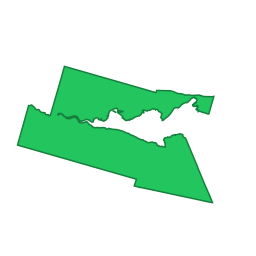 Port Augusta, South Australia, Australia (Equal Earth projection), rotated 286°
{"feature_id": "25037944B82439387593982", "entity_name": "Port Augusta", "entity_type": "district", "adm_level": 2, "iso_a3": "AUS", "parent_name": "Australia", "parent_adm1": "South Australia", "projection": "equal_earth", "projection_center": [137.816, -32.616], "detail": "fine", "context": "isolated", "style": "filled", "palette": "green", "viewbox_px": 256, "rotation_deg": 286, "n_neighbors": 0, "source": "geoboundaries", "source_scale": "gbopen_adm2", "svg_char_len": 5946}
<svg xmlns="http://www.w3.org/2000/svg" viewBox="0 0 256 256"><g transform="rotate(286 128 128)"><path d="M169.7,49.9L160.5,50.0L118.7,49.9L118.1,48.6L118.6,48.4L118.8,47.9L118.3,46.2L118.4,45.5L118.3,45.0L119.7,44.0L119.7,43.3L119.3,42.6L119.5,41.7L119.1,41.1L119.3,40.4L119.3,39.9L119.7,38.8L120.6,38.1L121.0,37.4L121.0,36.6L120.6,35.8L120.5,35.2L120.2,35.1L120.9,33.6L121.6,33.0L122.5,31.3L123.0,30.1L123.4,29.6L123.5,29.2L123.4,28.5L122.5,27.7L122.3,27.1L122.1,26.3L81.1,26.5L81.1,150.2L74.0,150.0L74.2,153.7L74.0,155.7L74.4,156.9L79.2,226.5L79.6,229.7L84.7,225.8L96.9,215.7L109.0,206.1L109.3,206.0L134.0,186.2L134.3,185.6L134.4,184.5L134.6,183.6L135.9,182.7L136.3,182.8L136.6,182.4L136.5,182.0L136.8,181.6L136.7,179.2L136.2,178.8L136.0,178.1L135.6,177.8L135.1,176.9L134.4,174.5L133.9,174.2L133.8,174.4L133.5,173.2L132.6,172.1L132.2,171.8L131.6,171.9L130.8,171.1L130.7,170.5L130.2,170.3L130.4,168.7L129.9,168.2L129.4,167.9L129.0,167.5L128.9,166.4L128.6,166.1L127.7,165.6L126.3,165.5L126.0,165.9L125.7,166.5L124.7,167.1L124.2,167.0L123.8,167.6L123.5,167.7L123.2,168.2L121.2,168.5L120.8,168.9L120.0,169.0L119.8,168.8L119.7,168.0L119.8,165.5L119.4,165.1L119.2,164.6L119.1,163.3L119.3,162.9L119.2,162.6L119.4,162.0L119.2,161.7L119.7,160.6L120.4,160.3L120.7,159.7L121.1,159.4L121.4,158.4L121.3,158.1L121.3,157.4L121.0,157.1L121.0,156.3L121.2,155.8L121.1,155.1L120.8,154.6L120.7,154.0L120.1,153.1L120.1,152.8L119.6,152.1L119.6,151.0L119.4,150.4L119.6,149.6L120.1,149.0L119.9,147.8L120.8,145.6L120.6,145.0L120.2,144.6L120.5,143.8L120.3,142.9L120.5,142.6L120.3,142.1L120.8,141.5L120.7,140.7L121.1,139.7L121.1,139.2L121.4,138.6L121.5,137.2L121.8,136.4L122.0,135.5L122.1,134.3L122.0,133.6L122.2,132.0L123.0,130.1L122.7,127.3L123.2,126.5L123.2,125.5L123.5,123.7L123.5,122.8L123.6,122.4L123.4,121.5L123.6,120.3L123.4,119.9L123.4,117.1L123.0,116.1L122.8,115.4L122.9,114.7L122.4,113.3L122.5,112.6L122.3,111.8L122.4,111.1L122.2,110.8L122.4,109.7L121.5,108.9L121.4,108.5L120.9,107.9L121.2,107.2L121.7,106.5L121.8,105.9L121.7,104.9L121.3,102.9L120.6,101.6L120.3,100.4L120.1,98.4L119.2,96.8L119.1,96.1L119.2,94.4L119.5,93.4L120.3,92.2L120.7,90.1L121.1,89.3L122.3,87.6L122.7,86.5L122.4,85.9L121.9,85.6L121.6,85.0L120.2,82.5L119.9,81.8L119.9,80.1L120.4,79.1L120.4,78.6L120.9,78.3L121.4,78.9L121.8,78.2L122.2,78.0L122.1,77.8L123.0,76.8L122.9,76.6L123.5,75.0L123.5,73.2L123.8,73.1L123.7,72.6L123.3,72.4L121.7,70.6L120.8,69.3L120.7,68.2L120.2,67.0L120.3,66.2L120.5,65.9L120.8,65.8L121.1,65.4L120.8,65.2L121.4,64.2L121.9,62.0L123.1,61.0L123.3,60.6L123.2,59.7L122.9,59.0L121.2,57.4L121.2,57.1L121.6,56.7L122.3,56.9L122.9,58.0L123.1,57.9L123.5,60.0L123.1,61.5L122.0,62.8L121.6,64.5L121.2,65.6L121.9,68.0L121.9,68.4L122.6,69.1L123.7,71.2L124.4,71.9L124.8,73.5L125.0,73.7L125.0,75.0L124.7,76.3L123.8,77.5L123.1,77.9L122.8,78.3L121.7,79.2L121.3,79.6L121.2,80.3L121.9,81.0L122.0,81.4L121.7,81.6L122.7,83.0L124.5,85.4L124.8,85.4L125.0,88.6L124.6,88.6L123.7,91.6L124.0,92.6L124.7,92.8L125.6,92.7L126.2,92.9L126.9,92.5L127.3,93.2L129.0,94.4L129.1,95.4L129.3,96.0L129.2,96.3L128.9,97.0L128.0,97.3L128.1,98.9L129.1,99.0L129.0,99.5L129.1,99.8L128.2,99.5L127.9,100.2L128.3,101.2L128.2,101.9L127.8,102.1L128.1,103.1L128.9,103.7L129.2,104.2L130.1,104.9L131.5,105.3L132.0,105.2L132.1,105.6L132.6,105.4L133.2,105.7L133.8,105.1L134.0,105.7L134.5,105.9L135.0,105.3L136.6,105.6L137.0,105.5L137.0,105.2L139.3,105.9L140.4,106.7L141.1,108.0L141.8,108.3L142.4,109.1L143.6,111.2L143.8,112.1L142.1,113.2L142.2,115.4L142.7,117.9L142.6,118.6L142.3,118.6L142.2,118.2L140.8,116.1L140.7,115.5L140.9,115.0L140.8,114.3L140.3,114.7L140.8,114.2L140.7,113.6L140.2,113.8L139.5,114.7L139.1,116.5L138.7,117.1L138.5,117.9L137.9,119.2L136.7,120.2L136.7,119.7L136.2,119.6L136.1,120.5L135.5,121.4L135.6,121.7L135.2,122.3L134.8,123.3L134.6,123.4L134.7,124.0L134.9,124.1L134.8,124.8L135.7,125.9L135.6,126.1L136.0,126.7L135.9,127.2L136.1,127.6L137.0,127.4L137.3,127.9L137.4,128.7L137.7,129.4L138.1,129.9L139.3,130.6L139.5,131.1L140.5,131.8L141.7,133.5L141.8,133.9L142.6,134.8L142.7,135.6L143.5,136.0L144.5,136.8L146.6,137.2L146.9,138.2L146.8,138.5L147.1,139.0L148.2,138.4L148.4,137.9L148.3,137.4L149.0,137.2L149.4,137.5L149.6,137.9L149.5,138.5L149.7,138.9L149.7,139.4L149.4,139.9L149.6,140.2L149.5,140.3L149.6,141.1L149.6,141.8L150.1,142.0L150.5,142.8L150.7,143.6L151.0,144.0L153.5,146.7L153.2,147.5L153.5,147.6L153.7,148.6L153.5,149.1L153.1,149.5L153.5,149.6L153.8,151.0L153.2,152.4L152.5,152.6L152.1,153.9L152.3,154.8L151.5,155.8L151.3,156.6L150.1,156.4L149.4,156.8L147.5,156.5L146.9,157.2L146.5,157.2L146.1,158.4L144.8,158.7L144.7,158.8L144.7,159.1L145.4,160.0L146.4,160.3L146.7,160.8L147.6,161.2L148.8,162.3L150.8,163.6L152.6,164.5L154.9,165.4L159.3,166.7L160.6,168.0L161.2,170.6L161.9,171.5L164.5,172.8L165.1,172.9L167.8,175.6L168.3,176.5L168.4,177.2L168.9,178.0L171.6,179.8L173.6,180.6L175.3,182.5L175.9,183.0L175.8,183.7L175.2,183.9L174.9,184.5L175.3,185.9L173.7,186.6L171.6,186.4L171.5,186.0L170.7,185.3L170.3,185.8L170.1,185.4L170.0,185.6L169.4,185.0L168.7,184.9L168.7,184.7L169.1,184.4L168.3,183.8L167.9,183.8L167.3,184.2L166.8,184.9L166.9,185.6L167.8,187.5L168.2,187.1L168.0,187.7L167.7,187.9L167.8,188.2L168.3,188.3L168.1,188.5L168.1,188.8L168.7,188.8L169.1,188.5L169.3,188.5L169.0,188.6L168.8,188.8L168.2,189.0L167.9,188.5L167.5,188.4L167.0,188.9L166.9,189.2L166.9,189.8L166.7,190.1L166.9,188.9L165.9,188.9L165.2,188.3L164.7,188.3L164.4,189.2L164.7,189.4L164.8,189.6L164.1,189.7L164.1,190.4L163.9,190.5L163.6,190.6L163.2,190.9L163.8,191.1L163.8,192.8L163.6,195.8L163.7,198.0L163.5,200.3L163.7,201.8L182.0,201.8L181.2,200.1L179.2,192.3L179.1,191.5L179.3,188.1L179.2,187.0L176.9,180.5L176.6,177.5L175.5,174.1L175.5,173.2L175.7,170.6L174.9,166.3L175.5,161.5L175.4,158.2L172.0,145.2L169.7,145.1L169.7,49.9ZM140.2,110.1L139.6,111.4L139.7,111.9L140.2,112.3L139.8,111.6L139.9,111.1L140.3,110.3L140.3,109.0L140.2,108.6L140.1,109.2L140.2,110.1Z" fill="#22c55e" stroke="#15803d" stroke-width="1.5"/></g></svg>